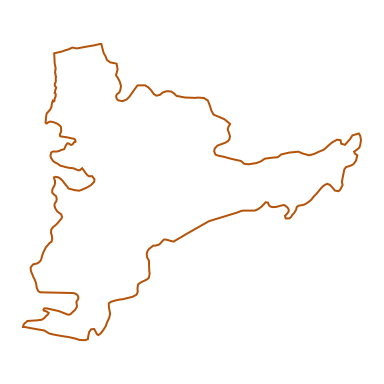 Tatau, Sarawak, Malaysia (Mercator projection)
{"feature_id": "92858781B61228252123101", "entity_name": "Tatau", "entity_type": "district", "adm_level": 2, "iso_a3": "MYS", "parent_name": "Malaysia", "parent_adm1": "Sarawak", "projection": "mercator", "projection_center": [112.968, 2.625], "detail": "fine", "context": "isolated", "style": "outline", "palette": "amber", "viewbox_px": 384, "rotation_deg": 0, "n_neighbors": 0, "source": "geoboundaries", "source_scale": "gbopen_adm2", "svg_char_len": 5391}
<svg xmlns="http://www.w3.org/2000/svg" viewBox="0 0 384 384"><path d="M30.4,328.1L44.3,330.5L49.2,333.5L52.9,334.4L56.5,335.1L60.0,335.7L64.1,336.4L68.8,337.1L72.8,338.0L76.5,338.9L78.9,339.8L82.5,340.1L85.5,340.1L87.9,339.1L88.3,335.9L89.2,332.0L91.1,329.3L94.1,329.0L95.5,331.4L96.9,334.2L98.3,335.1L100.8,333.3L103.8,329.3L105.9,325.8L107.1,322.3L108.9,318.5L109.7,316.0L110.1,313.6L109.3,309.6L108.8,306.1L108.8,303.3L110.9,301.8L115.0,300.6L118.7,299.7L123.0,299.2L132.8,296.7L136.6,294.6L137.7,292.0L137.5,288.0L138.2,284.3L141.0,282.3L143.8,281.0L147.4,279.2L149.0,277.5L149.4,275.1L149.6,273.1L149.2,270.7L149.2,267.3L149.0,265.7L149.0,263.6L149.0,260.8L148.0,258.9L147.1,257.3L146.7,254.0L147.2,252.0L147.9,250.4L149.1,248.9L153.3,245.6L155.7,245.6L159.3,244.5L162.3,241.2L164.0,239.5L165.5,239.5L173.5,241.6L186.9,233.7L208.9,221.2L237.9,212.3L240.7,211.1L243.1,210.6L250.1,210.6L254.7,210.6L257.5,209.5L261.1,207.0L263.8,204.4L265.5,202.3L268.0,202.6L268.9,205.2L270.3,206.5L272.4,207.1L275.8,207.0L282.3,205.3L284.3,205.0L286.9,207.0L288.0,208.2L288.7,209.6L288.7,211.3L287.5,213.2L285.7,215.1L285.0,215.7L285.7,218.4L288.4,218.4L289.3,218.4L291.0,217.1L292.0,215.3L294.4,212.6L296.0,209.9L296.9,206.8L299.1,205.5L302.0,205.2L304.2,204.6L306.0,203.7L308.4,202.1L311.3,199.7L313.6,196.7L315.8,194.5L318.5,191.4L320.2,189.2L322.7,186.5L324.9,184.9L327.2,183.8L329.9,184.9L332.3,187.4L334.8,190.5L338.5,191.2L340.3,189.6L342.6,185.0L341.9,182.0L342.3,179.6L344.3,169.4L346.1,167.1L350.3,165.8L353.5,164.2L356.1,160.4L357.3,155.3L355.0,153.7L354.1,151.7L356.6,149.9L359.3,147.7L360.2,145.0L361.0,140.2L360.2,135.7L358.8,133.5L352.4,135.4L351.3,137.1L350.3,138.8L345.0,144.8L341.2,143.7L340.5,140.1L337.0,139.7L332.1,142.4L328.5,145.5L323.8,149.7L318.5,151.9L314.0,154.0L308.9,155.3L302.7,153.5L298.4,151.7L289.7,152.5L281.3,154.4L277.8,157.2L271.2,157.8L264.7,158.7L261.2,161.2L256.6,163.0L248.6,164.3L244.2,163.8L241.0,161.0L231.2,158.8L223.5,156.7L218.3,155.7L215.5,154.6L214.2,151.5L214.7,148.5L217.5,145.6L221.4,144.1L224.9,142.9L227.9,141.2L229.4,139.2L230.0,136.3L229.0,133.0L227.7,129.5L228.5,126.6L230.1,124.0L224.4,119.2L213.7,114.7L211.2,110.3L210.1,106.3L207.9,100.6L203.9,98.0L198.2,97.6L194.9,97.9L185.0,97.5L176.5,95.9L174.3,93.6L171.1,91.5L166.9,91.2L163.0,92.3L160.0,94.8L156.5,95.7L153.7,94.0L151.2,90.4L148.3,87.3L144.9,85.3L139.0,85.4L137.5,85.4L134.9,88.9L131.3,94.0L128.9,97.3L126.5,99.5L122.5,101.2L118.1,100.3L116.6,98.6L116.1,96.1L116.8,94.4L119.4,92.3L120.3,90.2L121.0,86.0L119.8,81.8L117.9,78.0L116.0,75.3L117.6,69.2L116.6,63.7L114.0,63.1L110.2,62.4L106.9,59.9L105.6,56.4L103.8,53.3L102.9,50.2L102.1,47.1L101.3,44.0L100.5,43.9L94.3,45.3L85.1,46.9L77.0,48.4L74.8,48.1L73.4,47.8L72.3,47.6L71.1,48.1L69.9,48.7L68.6,49.3L67.2,49.8L65.7,50.1L62.0,51.5L54.2,53.3L54.7,63.6L55.6,68.0L55.7,69.0L55.3,69.6L55.3,70.6L55.2,71.5L55.0,72.6L55.5,73.8L55.4,74.9L55.8,75.8L56.1,77.0L55.7,77.7L55.8,79.3L55.8,81.0L55.6,82.5L54.9,83.3L54.8,84.8L54.9,86.0L56.2,87.4L56.1,88.2L55.4,89.5L55.0,91.8L54.6,92.9L55.6,93.6L55.7,94.4L55.7,95.1L55.7,95.9L55.5,96.9L55.0,97.5L54.7,98.9L54.3,101.2L53.6,101.5L53.8,100.7L52.9,100.4L52.4,101.8L51.6,105.3L51.5,106.8L51.0,108.0L50.1,109.6L48.7,111.3L46.9,113.2L46.4,114.6L45.6,121.9L45.6,122.7L46.0,123.2L46.2,123.4L46.8,123.4L47.6,122.7L48.1,122.4L49.1,122.0L50.1,121.6L52.5,121.9L53.5,122.2L54.9,122.7L55.9,123.1L56.8,123.5L57.6,124.0L58.7,124.7L59.5,125.4L60.4,126.1L60.8,126.8L61.0,127.9L61.1,129.2L61.2,130.4L61.1,131.7L60.5,132.9L60.1,133.9L59.9,134.8L59.9,135.5L60.1,136.1L60.6,136.4L66.4,137.2L73.9,138.8L74.8,139.3L75.3,140.0L75.3,140.8L75.6,141.6L75.2,142.0L74.4,142.1L73.7,142.5L73.5,143.3L72.0,144.7L71.4,144.9L70.3,144.7L69.5,143.9L68.5,143.5L67.6,143.3L66.9,143.9L65.8,145.5L65.0,147.5L64.2,149.1L62.7,149.6L60.8,150.1L59.5,150.9L56.9,151.5L53.0,151.5L51.9,152.0L51.2,152.7L50.9,153.8L50.5,155.3L50.5,156.3L51.2,158.0L53.0,160.9L54.0,161.7L55.5,162.7L57.6,163.7L60.5,165.8L63.0,166.3L64.8,166.9L66.5,167.3L68.1,167.6L69.9,168.0L72.0,168.1L73.9,168.4L77.8,170.2L79.7,170.3L82.2,168.2L83.7,170.3L84.8,171.9L86.4,174.0L87.8,175.5L89.2,176.3L92.0,176.1L94.5,179.3L94.2,181.8L91.1,185.0L88.3,186.8L86.3,187.8L82.7,189.4L79.2,190.7L74.5,190.1L68.5,188.5L67.1,186.5L64.6,183.5L62.4,180.6L60.3,178.6L58.7,177.5L55.8,176.8L53.9,177.4L54.1,178.6L55.0,180.6L55.0,183.3L54.6,185.1L53.7,187.0L52.6,188.6L52.2,191.0L52.2,192.7L54.3,194.8L56.0,196.1L56.5,197.7L56.7,199.3L56.2,201.5L54.8,203.3L54.4,205.5L55.3,208.4L57.3,211.5L61.3,214.4L62.0,217.4L61.6,218.3L57.5,223.2L55.7,225.0L53.0,227.2L51.2,229.7L51.0,233.0L51.8,235.3L52.2,238.9L51.5,241.8L49.7,242.8L48.5,244.3L46.0,247.1L43.8,251.4L42.4,255.0L41.3,259.0L40.5,260.8L38.7,262.5L36.9,263.5L33.1,264.4L32.2,265.5L30.7,267.4L30.7,269.0L30.9,271.0L31.6,272.7L32.6,275.0L33.4,277.1L34.5,279.2L35.5,281.6L36.2,283.9L36.6,287.3L37.5,289.6L38.2,291.1L40.3,292.3L71.7,293.0L74.1,293.2L76.3,294.1L77.6,295.3L78.3,297.0L78.3,298.9L77.2,300.5L76.5,301.5L76.5,303.2L76.9,305.4L76.8,307.0L75.9,308.6L74.8,310.2L73.4,311.3L72.0,312.7L70.6,314.1L69.4,314.6L67.8,314.6L58.9,311.1L55.8,310.4L49.2,308.9L46.8,308.4L45.2,308.3L44.3,308.4L43.4,309.8L44.0,310.7L45.4,311.0L47.3,311.9L48.7,312.9L48.2,314.1L45.6,316.5L44.7,317.7L43.4,318.7L41.6,319.8L39.4,320.0L37.5,320.3L27.3,321.0L25.8,322.5L24.4,323.6L23.6,324.7L23.0,327.0L25.1,327.0L30.4,328.1Z" fill="none" stroke="#b45309" stroke-width="2"/></svg>